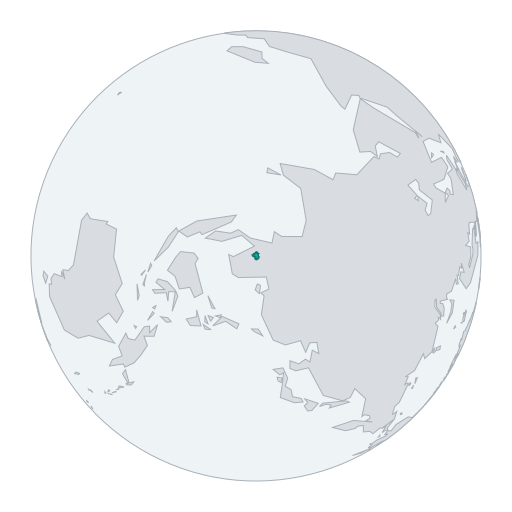 globe centered on Nakhon Ratchasima, rotated 118°
{"feature_id": "THA-441", "entity_name": "Nakhon Ratchasima", "entity_type": "Province", "adm_level": 1, "iso_a3": "THA", "parent_name": "Thailand", "parent_adm1": "", "projection": "orthographic", "projection_center": [102.187, 14.947], "detail": "fine", "context": "on_globe", "style": "filled", "palette": "teal", "viewbox_px": 512, "rotation_deg": 118, "n_neighbors": 0, "source": "natural_earth", "source_scale": "10m", "svg_char_len": 11322}
<svg xmlns="http://www.w3.org/2000/svg" viewBox="0 0 512 512"><g transform="rotate(118 256 256)"><circle cx="256" cy="256" r="225" fill="#eef3f6" stroke="#a8b0b8"/><path d="M467.6,328.0L467.2,329.5L467.1,329.8L467.6,328.0ZM357.0,54.6L358.5,55.9L367.0,60.9L359.4,56.9L380.3,70.3L386.9,77.2L374.9,66.8L370.3,64.0L372.5,67.0L368.2,64.8L366.8,65.3L361.4,62.7L354.8,57.6L351.2,56.0L353.1,58.4L348.8,57.8L346.7,54.5L339.1,53.3L326.6,46.1L325.3,42.1L313.9,38.5L309.9,37.3L326.0,41.9L341.7,47.7L357.0,54.6ZM374.0,65.4L372.3,63.8L375.4,66.2L374.0,65.4ZM367.6,65.9L369.4,67.1L367.9,66.9L367.6,65.9ZM358.3,62.9L355.3,62.5L357.2,62.0L358.3,62.9ZM352.8,61.7L345.6,61.4L349.1,64.0L335.0,57.3L345.8,59.3L347.7,58.1L349.3,60.0L352.8,61.7ZM301.6,35.4L303.3,35.8L295.3,34.2L291.1,33.5L291.3,33.5L301.6,35.4ZM289.0,33.1L288.2,33.0L289.0,33.1ZM328.4,53.9L325.7,53.4L327.3,53.0L328.4,53.9ZM308.4,36.9L308.2,37.1L301.6,35.8L300.7,35.8L295.2,34.3L308.4,36.9ZM287.1,32.9L284.9,32.6L285.1,32.6L287.1,32.9ZM272.8,31.4L274.2,31.5L275.1,31.5L272.4,31.4L272.8,31.4ZM290.9,33.7L288.2,33.3L292.9,34.2L288.1,33.6L285.3,32.8L284.5,32.9L283.1,32.8L282.4,32.4L290.9,33.7ZM262.2,30.8L270.9,31.2L272.2,31.6L267.0,31.0L259.2,30.8L258.2,30.7L262.2,30.8ZM278.3,32.0L274.3,31.7L274.9,31.6L278.0,31.8L278.3,32.0ZM285.9,33.6L293.9,34.7L294.3,34.8L285.9,33.6ZM269.8,31.4L271.2,31.6L269.2,31.4L269.8,31.4ZM280.9,32.9L283.6,33.1L283.9,33.3L280.9,32.9ZM271.5,32.0L269.8,31.7L271.8,31.7L271.5,32.0ZM275.7,32.4L275.4,32.6L273.6,31.9L276.9,32.4L275.7,32.4ZM280.7,33.0L281.8,33.2L279.5,32.9L280.7,33.0ZM264.6,32.3L261.8,31.5L266.3,31.4L268.5,32.1L264.6,32.3ZM76.9,119.3L77.1,121.8L75.9,124.4L68.9,133.4L62.8,152.3L69.2,145.9L70.8,158.7L76.4,162.3L90.9,145.0L81.8,138.5L87.2,128.5L100.1,126.0L109.0,133.0L111.4,129.4L111.7,118.4L119.7,114.0L112.4,114.3L110.9,118.6L106.3,119.2L107.4,115.4L110.2,113.7L109.2,110.6L96.1,120.2L93.2,125.6L86.9,123.4L81.4,132.5L77.6,135.2L85.4,120.9L89.2,116.7L98.8,100.8L94.2,104.8L84.9,120.5L85.1,118.4L78.9,125.2L83.8,118.5L95.2,101.4L93.5,100.6L85.2,109.1L99.1,94.3L98.5,94.9L103.8,90.1L113.6,81.4L111.4,83.5L114.9,80.7L114.2,81.9L121.9,77.4L122.4,78.5L133.9,71.2L135.8,71.1L128.4,75.2L123.6,79.1L126.1,83.4L129.0,82.5L136.3,77.7L136.0,79.9L142.8,74.8L148.3,75.9L147.2,70.7L155.7,66.0L163.7,64.1L166.3,61.9L153.4,65.1L148.4,67.4L144.4,70.7L130.6,77.4L128.0,77.4L141.6,67.6L139.3,66.8L151.0,60.5L178.9,54.1L186.2,55.1L180.4,65.7L173.8,67.6L172.6,64.5L165.9,71.4L170.2,68.8L170.0,71.0L178.1,68.0L178.3,69.5L185.6,64.4L186.8,65.9L182.2,69.1L195.2,66.9L199.9,69.7L202.8,68.6L204.4,66.6L209.4,72.1L211.3,71.1L210.4,68.8L213.5,65.5L220.9,62.1L222.2,64.2L219.7,65.7L216.4,72.4L209.5,76.7L210.8,77.3L217.1,74.1L221.2,65.8L225.3,63.2L224.3,66.9L225.0,65.4L227.4,64.8L231.1,66.3L232.6,62.3L257.8,55.7L267.4,58.8L263.7,62.3L282.7,62.2L292.1,67.2L291.2,64.9L299.7,64.2L296.9,62.5L297.2,61.5L317.8,60.8L323.6,62.8L331.6,61.3L331.1,60.4L327.2,58.7L335.0,57.3L349.1,64.0L349.4,65.7L358.0,69.3L357.4,73.2L360.9,78.6L355.2,81.7L358.5,86.3L361.5,87.3L368.2,94.8L371.5,108.0L355.5,92.8L347.9,75.3L349.9,81.6L345.5,79.1L343.7,81.0L345.4,86.0L348.1,87.1L330.5,92.2L326.7,106.5L336.6,106.4L343.2,111.5L347.5,131.1L330.1,157.2L338.7,167.0L339.4,173.3L332.5,176.8L331.2,167.6L323.9,163.9L324.2,158.6L312.7,162.1L312.7,154.7L303.7,161.7L307.5,167.8L317.7,166.9L309.9,177.0L320.7,188.2L322.2,201.3L305.2,223.8L287.4,230.1L286.3,234.3L279.1,229.1L269.7,237.0L283.3,261.5L282.9,268.5L267.5,280.8L267.2,275.7L248.0,262.0L244.5,278.3L259.0,292.9L264.0,309.1L252.9,303.5L247.8,289.2L241.0,283.9L242.8,269.7L237.1,248.0L225.9,251.2L226.7,242.6L217.2,224.4L201.0,228.4L175.3,248.2L171.8,269.7L163.0,278.1L152.2,245.1L152.5,223.8L145.3,224.6L136.9,205.1L113.0,198.6L112.5,192.8L107.4,194.1L102.0,186.8L102.3,177.6L97.7,176.7L97.5,201.2L102.8,202.4L111.3,195.5L109.9,203.9L115.5,213.1L98.9,229.4L68.2,237.8L70.1,221.4L72.3,173.2L74.9,168.9L75.2,168.4L75.5,167.4L70.6,174.1L72.7,165.1L66.2,197.0L63.0,210.1L67.7,238.6L66.0,240.6L69.0,247.2L84.6,246.4L83.6,251.6L73.2,273.7L56.0,300.1L61.1,323.7L64.7,342.5L60.3,350.7L67.1,365.9L65.8,368.7L69.9,376.9L72.5,383.8L74.3,388.9L72.5,386.7L63.7,373.4L55.9,359.5L49.1,345.2L43.3,330.3L38.6,315.2L35.0,299.7L32.5,284.0L31.0,268.1L30.8,252.2L31.6,236.4L33.5,220.6L36.6,205.0L40.7,189.6L45.9,174.6L52.2,160.0L59.5,145.8L67.7,132.3L76.9,119.3ZM113.4,151.0L122.1,155.2L126.9,142.2L130.7,143.0L130.9,138.6L127.2,141.3L129.2,129.7L136.1,128.2L139.5,123.2L136.7,121.6L123.8,126.6L120.9,142.8L115.2,146.6L113.4,151.0ZM133.0,67.2L134.8,66.2L131.6,68.4L127.7,70.9L127.3,71.1L133.0,67.2ZM128.1,71.0L141.9,62.2L142.8,62.2L140.0,63.6L139.2,64.5L134.4,67.0L121.9,76.4L117.6,79.4L118.7,77.4L120.7,76.1L123.7,73.8L128.1,71.0ZM181.0,43.6L175.6,46.0L170.7,47.9L169.7,47.9L172.1,46.9L181.0,43.6ZM233.3,31.9L237.4,31.5L247.2,30.9L250.3,30.9L246.6,31.1L252.3,31.1L247.3,31.6L249.4,31.7L246.6,32.8L238.1,33.6L241.1,33.8L239.1,35.0L232.1,36.1L234.0,34.9L224.9,37.2L223.5,36.2L222.5,36.6L218.7,36.5L212.4,37.3L212.7,36.8L210.1,37.3L207.5,37.5L204.0,38.2L203.5,37.8L199.2,38.7L201.4,38.0L194.1,39.9L199.3,38.4L196.4,38.9L192.9,40.1L195.0,39.1L214.0,34.7L233.3,31.9ZM263.6,32.6L253.7,33.0L248.1,33.0L255.3,31.3L254.1,31.1L258.6,30.8L266.7,31.1L264.6,31.1L262.1,31.0L264.0,31.3L261.3,31.4L262.0,31.8L258.6,31.7L263.6,32.6ZM78.8,121.9L78.6,123.1L79.3,124.0L75.4,128.5L78.8,121.9ZM86.3,110.3L86.8,110.3L81.5,116.5L81.7,115.6L86.3,110.3ZM91.5,105.5L87.2,109.9L89.6,106.9L91.5,105.5ZM129.3,75.3L130.4,75.4L128.8,76.7L126.1,78.1L129.3,75.3ZM204.8,45.2L206.8,43.9L208.2,43.8L215.6,41.6L217.2,42.5L213.4,44.2L204.8,45.2ZM86.8,147.1L82.6,149.5L82.9,147.1L84.3,146.7L86.8,147.1ZM76.7,138.4L76.9,142.6L75.7,139.6L76.7,138.4ZM207.8,45.8L210.7,44.7L209.7,45.9L207.8,45.8ZM218.8,43.1L218.5,44.2L218.3,42.3L218.8,43.1ZM174.4,451.4L179.0,453.9L175.8,453.5L174.4,451.4ZM85.4,347.9L88.5,377.9L82.6,375.7L77.2,365.5L73.1,346.6L78.6,343.5L80.1,335.6L85.4,347.9ZM320.1,347.0L326.7,347.9L326.4,348.9L320.1,347.0ZM313.3,343.6L320.9,343.9L311.9,345.7L313.3,343.6ZM323.8,344.0L331.6,342.1L334.9,340.5L334.3,342.5L323.8,344.0ZM308.1,343.6L279.7,342.7L268.4,339.6L271.1,336.0L289.4,337.6L308.1,343.6ZM270.2,335.9L252.9,324.7L229.1,292.6L237.6,293.8L262.5,313.7L260.9,316.8L271.4,325.5L270.2,335.9ZM311.9,317.9L310.2,327.5L294.6,326.3L287.5,324.6L282.5,312.1L285.3,306.0L291.2,306.3L313.7,285.5L321.6,290.8L314.7,299.7L321.1,308.2L311.9,317.9ZM172.7,271.9L177.4,285.5L172.7,287.0L172.7,271.9ZM322.6,270.6L313.6,279.9L321.8,267.5L322.6,270.6ZM327.3,258.9L328.0,263.7L324.2,259.0L327.3,258.9ZM286.3,240.8L280.1,241.7L279.8,238.3L287.6,235.2L286.3,240.8ZM323.3,212.6L323.6,222.3L322.5,225.7L319.5,219.7L323.3,212.6ZM226.0,56.1L213.9,57.8L206.3,60.6L203.7,64.2L202.1,60.3L213.9,56.0L226.0,56.1ZM253.7,55.3L255.9,52.8L258.4,53.9L258.3,54.6L253.7,55.3ZM252.6,53.8L248.8,51.0L252.3,49.7L254.6,52.1L252.6,53.8ZM227.8,47.2L224.1,47.5L225.0,46.4L227.8,47.2ZM415.8,413.7L415.9,414.3L409.5,420.5L401.8,427.2L396.7,430.5L415.8,413.7ZM369.1,436.3L371.5,430.4L378.7,428.9L373.6,434.6L369.1,436.3ZM421.0,408.6L426.7,402.0L431.5,394.9L427.7,401.0L429.2,400.0L416.9,413.4L421.0,408.6ZM349.5,413.0L306.3,426.8L297.4,425.2L300.9,419.8L295.1,403.0L298.1,403.4L297.7,391.8L323.9,381.1L343.1,361.2L356.3,362.0L367.1,347.3L380.3,347.7L375.5,359.2L388.2,365.8L399.3,339.8L404.5,366.1L412.1,374.5L411.3,390.5L388.6,419.3L377.8,425.5L376.9,423.3L372.1,426.4L366.4,425.9L365.3,417.7L360.6,420.7L366.2,413.9L358.8,420.1L356.8,414.8L349.5,413.0ZM442.5,356.6L443.8,356.9L445.0,360.9L443.0,360.7L442.5,356.6ZM464.1,334.9L464.0,336.8L462.9,338.0L464.1,334.9ZM467.1,329.8L465.8,331.4L467.6,328.0L467.1,329.8ZM452.4,339.2L452.8,340.7L452.2,341.4L452.4,339.2ZM452.0,338.8L453.1,335.9L452.6,338.6L452.0,338.8ZM446.7,325.8L447.7,324.2L448.0,325.2L446.7,325.8ZM336.4,348.0L345.8,340.5L350.7,339.8L336.4,348.0ZM445.6,323.1L443.2,323.3L443.6,321.8L445.6,323.1ZM446.0,319.6L445.8,317.6L447.0,322.2L446.0,319.6ZM441.6,315.8L444.4,319.0L441.3,316.3L441.6,315.8ZM439.8,316.6L437.7,315.3L437.9,314.7L439.8,316.6ZM413.6,322.4L421.9,333.8L414.8,334.2L407.0,327.3L400.2,334.9L385.2,334.7L388.9,330.1L387.0,323.4L371.0,321.4L367.8,317.1L373.7,313.9L362.9,310.7L374.7,308.3L379.4,317.3L386.0,309.9L397.1,311.1L407.6,313.5L415.7,319.6L413.6,322.4ZM374.4,328.3L376.5,328.3L374.6,331.0L374.4,328.3ZM433.6,310.9L436.7,314.9L436.3,316.0L434.7,315.5L433.6,310.9ZM417.6,317.9L426.5,309.6L428.5,309.5L422.5,318.6L417.6,317.9ZM424.5,304.9L428.4,305.6L430.4,309.6L429.6,310.8L424.5,304.9ZM350.4,320.5L349.9,323.1L346.8,321.1L350.4,320.5ZM354.5,319.0L363.8,321.5L353.6,321.1L354.5,319.0ZM325.6,310.4L328.4,316.4L337.3,312.5L330.5,318.0L336.4,327.8L334.3,331.6L328.5,320.9L326.2,331.9L322.2,331.7L320.2,322.3L324.3,310.8L328.2,306.1L344.2,304.1L325.6,310.4ZM354.4,311.7L351.9,304.7L353.8,300.0L356.5,303.7L354.4,311.7ZM344.4,288.0L337.5,279.9L331.5,283.0L343.6,271.7L348.2,281.3L344.4,288.0ZM338.3,270.2L332.6,273.0L338.4,266.5L338.3,270.2ZM331.1,270.3L330.3,264.7L334.8,265.5L331.1,270.3ZM341.3,270.5L342.1,261.0L344.5,266.6L341.3,270.5ZM327.9,252.1L338.0,261.4L325.2,257.4L323.9,239.2L329.3,238.8L327.9,252.1ZM353.1,180.4L351.4,175.5L356.0,174.4L355.9,178.0L353.1,180.4ZM369.6,168.1L356.7,172.6L346.1,176.9L349.8,179.2L348.1,187.6L342.1,179.7L349.0,170.6L357.2,169.0L357.6,162.2L363.1,157.7L360.6,149.4L362.8,145.9L367.5,153.1L369.6,168.1ZM359.2,145.9L356.9,131.9L366.1,134.1L368.6,137.6L365.8,143.0L361.2,141.5L359.2,145.9ZM359.1,129.3L354.5,127.9L341.6,108.3L341.2,104.9L355.8,119.9L352.3,119.6L353.9,124.3L359.1,129.3ZM327.0,54.5L325.8,53.5L328.3,54.4L327.0,54.5ZM295.4,60.6L296.2,59.3L299.0,60.2L295.4,60.6ZM299.8,56.5L296.0,56.3L299.5,55.6L299.8,56.5ZM287.6,56.4L294.2,55.8L288.7,57.6L287.6,56.4Z" fill="#d9dde1" stroke="#a8b0b8" stroke-width="1"/><path d="M252.4,257.8L252.3,257.7L252.2,257.6L252.3,257.4L252.2,256.7L252.3,256.7L252.3,256.8L252.5,256.8L252.7,256.7L252.8,256.7L253.0,256.5L253.0,256.4L253.2,256.2L253.0,255.8L253.0,255.7L252.9,255.5L252.7,255.4L252.6,255.0L252.6,254.9L252.6,254.7L252.8,254.7L252.9,254.8L253.0,254.9L253.6,254.8L253.7,254.7L253.8,254.7L254.1,254.5L254.5,254.3L254.8,254.3L254.9,254.2L255.0,254.0L255.1,253.9L255.1,253.7L255.3,253.5L255.4,253.3L255.4,253.2L255.6,253.3L255.7,253.2L255.8,253.2L255.9,252.9L256.0,252.9L256.3,252.8L256.3,252.7L256.5,252.6L256.7,252.8L256.8,253.0L257.0,253.0L257.3,253.0L257.5,253.0L257.8,253.0L258.0,253.0L258.3,253.3L258.3,253.5L258.4,253.8L258.5,253.8L258.8,253.8L259.0,253.9L259.1,254.0L258.9,254.3L259.0,254.3L259.0,254.5L259.0,254.8L259.0,255.0L258.9,255.1L258.7,255.1L258.4,255.3L258.3,255.5L258.2,255.5L258.3,255.6L258.2,255.6L258.2,255.8L258.0,256.0L257.9,256.0L257.7,256.0L257.3,255.9L257.3,256.0L257.4,256.3L257.5,256.4L257.5,256.5L257.4,256.5L257.2,256.5L257.1,256.4L257.1,256.7L257.1,256.8L257.2,257.0L257.1,257.5L257.2,257.8L257.4,257.9L257.4,258.0L257.5,258.0L257.5,258.3L257.6,258.5L257.5,258.8L257.5,259.0L257.4,259.2L257.3,259.3L257.2,259.4L257.2,259.2L256.9,259.1L256.7,259.1L256.4,259.2L256.2,259.2L255.9,259.1L255.6,259.1L255.4,258.9L255.2,258.8L255.1,258.7L255.2,258.4L255.2,258.2L255.1,258.3L254.9,258.2L254.8,258.3L254.7,258.3L254.4,258.4L254.4,258.5L254.3,258.4L254.2,258.3L254.0,258.2L253.9,258.1L253.7,258.0L253.4,258.0L253.4,257.9L253.2,258.0L252.7,257.8L252.6,257.7L252.5,257.8L252.4,257.8Z" fill="#14b8a6" stroke="#0f766e" stroke-width="1.5"/></g></svg>